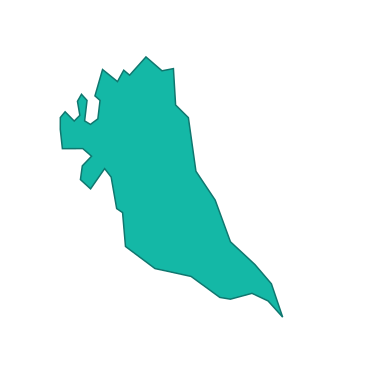 outline of Taylak, Samarkand, Uzbekistan, rotated 39°
{"feature_id": "79887680B65824401013757", "entity_name": "Taylak", "entity_type": "district", "adm_level": 2, "iso_a3": "UZB", "parent_name": "Uzbekistan", "parent_adm1": "Samarkand", "projection": "equal_earth", "projection_center": [67.152, 39.543], "detail": "fine", "context": "isolated", "style": "filled", "palette": "teal", "viewbox_px": 384, "rotation_deg": 39, "n_neighbors": 0, "source": "geoboundaries", "source_scale": "gbopen_adm2", "svg_char_len": 697}
<svg xmlns="http://www.w3.org/2000/svg" viewBox="0 0 384 384"><g transform="rotate(39 192 192)"><path d="M341.2,232.2L311.5,213.4L286.6,208.8L253.2,206.5L215.1,183.7L182.0,173.4L142.4,136.5L124.5,134.7L99.9,107.8L92.4,116.7L71.2,116.0L70.0,140.5L62.3,140.3L64.6,153.1L45.4,153.1L56.1,178.4L62.9,178.7L72.8,194.4L70.5,203.4L63.8,204.3L52.8,186.9L44.6,185.6L45.9,193.6L56.6,203.0L55.8,211.0L42.9,209.5L42.8,217.0L50.3,226.3L64.0,239.9L79.8,227.0L91.4,227.4L90.3,240.7L97.5,252.6L111.2,253.4L109.4,228.8L119.8,231.3L143.9,252.3L151.0,251.7L174.6,276.2L211.4,274.8L244.4,258.2L280.0,256.4L289.3,251.1L302.4,233.0L319.6,228.8L341.2,232.2Z" fill="#14b8a6" stroke="#0f766e" stroke-width="1.5"/></g></svg>